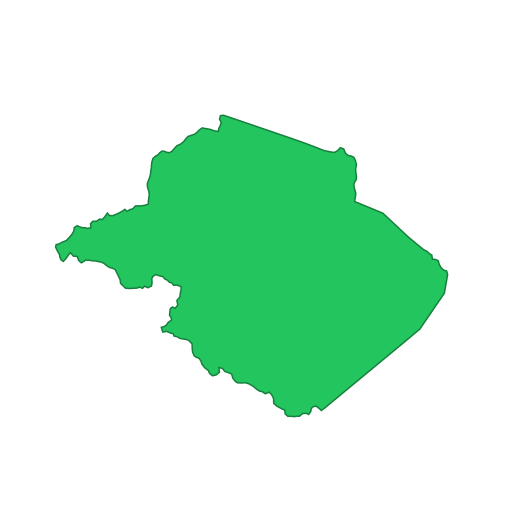 the district of Piritiba, Bahia, Brazil, rotated 204°
{"feature_id": "56859067B29838999059805", "entity_name": "Piritiba", "entity_type": "district", "adm_level": 2, "iso_a3": "BRA", "parent_name": "Brazil", "parent_adm1": "Bahia", "projection": "albers", "projection_center": [-40.538, -11.695], "detail": "fine", "context": "isolated", "style": "filled", "palette": "green", "viewbox_px": 512, "rotation_deg": 204, "n_neighbors": 0, "source": "geoboundaries", "source_scale": "gbopen_adm2", "svg_char_len": 3182}
<svg xmlns="http://www.w3.org/2000/svg" viewBox="0 0 512 512"><g transform="rotate(204 256 256)"><path d="M155.9,124.7L153.5,126.3L151.1,127.3L149.4,130.9L146.2,132.7L143.4,132.7L142.7,136.2L143.5,139.2L142.3,141.8L140.1,143.3L136.2,142.4L133.5,141.4L131.6,144.7L83.8,241.1L76.6,255.9L68.8,298.6L73.4,317.0L75.8,319.9L79.0,319.4L82.7,320.9L85.4,323.1L87.6,325.8L91.1,325.8L93.5,324.8L95.8,328.4L98.8,328.7L101.5,329.8L105.6,330.0L124.3,335.2L157.5,346.7L188.1,345.9L189.0,349.6L190.3,353.8L192.5,356.6L194.4,358.8L195.8,361.5L195.9,364.1L195.5,366.6L196.6,369.6L198.4,372.3L200.4,376.0L201.4,380.4L204.3,383.9L206.8,386.0L210.0,386.0L212.7,385.3L216.1,386.3L219.4,389.5L223.1,389.2L224.3,385.3L226.5,382.5L230.3,381.4L236.7,380.0L247.9,379.5L258.1,378.9L260.8,378.7L277.5,377.3L342.8,371.4L345.6,369.8L344.9,366.0L342.1,364.0L341.7,360.2L341.9,357.4L341.1,354.4L345.0,353.4L349.1,353.1L353.2,352.1L357.3,351.1L359.2,347.8L360.1,345.1L361.7,342.2L364.0,340.1L366.7,337.6L367.9,334.2L368.5,331.3L370.3,327.7L373.1,324.6L374.5,320.4L375.2,317.9L376.9,315.3L379.7,314.4L382.2,314.4L384.6,313.6L386.0,311.0L386.8,308.4L388.4,306.4L389.8,303.3L389.4,299.6L388.4,296.3L387.4,293.9L386.7,290.7L385.6,287.5L385.2,284.9L385.0,281.5L384.7,277.8L383.1,274.7L380.9,272.3L378.5,268.8L377.5,265.3L376.6,262.3L375.5,259.5L378.1,257.2L381.6,254.9L386.4,252.8L387.8,248.9L390.0,247.2L391.9,244.3L394.8,245.3L396.6,242.2L399.2,239.0L401.7,236.2L403.7,234.3L406.4,233.4L409.3,234.7L410.2,229.9L411.3,226.7L413.8,226.2L415.9,222.8L419.2,221.4L420.3,218.0L418.2,214.8L421.3,212.6L423.8,212.3L426.9,211.0L431.8,210.9L433.6,207.9L432.6,204.8L432.9,201.5L433.8,197.9L435.6,192.9L438.9,189.6L440.5,187.2L443.2,185.1L442.7,182.6L439.2,179.6L436.1,177.4L434.8,175.3L432.9,173.4L429.9,172.6L428.6,176.2L427.9,180.0L426.9,183.6L422.8,181.6L419.1,182.9L416.2,179.8L412.8,178.7L411.2,180.9L409.9,183.0L406.6,184.3L403.3,185.1L400.7,186.2L397.9,186.7L395.3,187.4L392.3,187.5L388.5,186.5L385.0,185.9L382.5,186.5L379.2,186.4L376.8,184.4L373.7,181.8L370.5,179.1L368.6,175.9L365.7,174.8L362.1,173.5L358.2,174.9L354.2,177.0L351.9,178.1L349.6,180.3L346.5,180.3L345.6,183.1L341.9,183.0L339.3,186.1L340.1,189.4L342.0,192.9L341.8,195.7L339.8,198.4L336.5,198.5L332.6,199.3L329.9,197.9L327.3,197.9L324.3,196.8L321.8,197.2L319.5,195.7L316.1,197.4L311.7,197.4L310.7,194.3L310.1,191.5L308.9,187.7L310.2,183.2L307.6,179.6L308.4,175.5L311.6,175.4L312.9,173.2L311.9,169.6L310.9,166.7L308.7,165.3L307.0,163.3L309.2,159.7L309.7,156.5L311.3,154.1L313.5,152.3L310.3,148.6L306.8,150.8L302.7,150.8L300.1,151.3L298.2,149.5L295.3,150.2L292.2,149.8L289.3,150.4L286.2,151.3L283.3,151.6L278.6,149.7L276.7,145.6L274.8,142.4L271.9,139.7L269.4,139.1L266.6,139.5L263.7,137.7L261.4,135.2L257.3,133.0L252.9,132.0L250.6,129.8L247.0,128.9L244.1,131.1L242.1,135.0L244.6,139.1L240.7,139.6L237.5,137.8L234.4,138.2L230.2,138.2L227.5,135.0L224.3,133.2L221.4,132.6L217.8,134.0L213.9,136.0L210.6,136.3L205.9,135.9L201.2,134.5L197.7,134.0L195.0,134.6L191.6,133.9L188.4,137.0L185.4,135.7L182.1,133.1L179.8,128.5L175.7,127.3L170.4,126.9L166.9,126.7L165.1,123.6L161.6,122.5L158.6,123.9L155.9,124.7Z" fill="#22c55e" stroke="#15803d" stroke-width="1.5"/></g></svg>